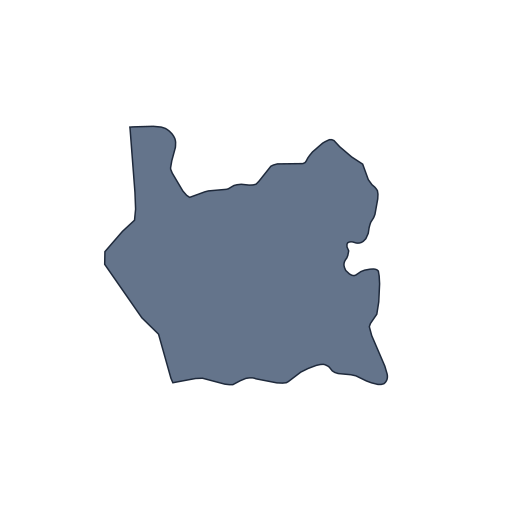 SVG path tracing the border of Sonsonate, rotated 56°
{"feature_id": "SLV-1348", "entity_name": "Sonsonate", "entity_type": "Department", "adm_level": 1, "iso_a3": "SLV", "parent_name": "El Salvador", "parent_adm1": "", "projection": "mercator", "projection_center": [-89.666, 13.711], "detail": "fine", "context": "isolated", "style": "filled", "palette": "slate", "viewbox_px": 512, "rotation_deg": 56, "n_neighbors": 0, "source": "natural_earth", "source_scale": "10m", "svg_char_len": 2035}
<svg xmlns="http://www.w3.org/2000/svg" viewBox="0 0 512 512"><g transform="rotate(56 256 256)"><path d="M314.6,395.8L309.8,394.9L266.3,380.5L243.4,385.2L178.3,386.1L167.9,378.8L160.9,352.9L158.4,336.7L149.8,329.6L135.6,320.8L80.0,289.2L78.6,288.5L80.1,285.9L91.0,268.7L96.1,262.5L98.1,260.9L99.7,259.7L101.8,258.8L104.1,258.0L108.0,257.3L110.8,257.3L113.2,257.6L115.0,258.2L116.7,259.0L119.5,261.0L120.9,262.1L129.9,272.5L134.9,277.3L136.2,278.2L140.5,279.1L161.2,280.3L166.9,279.6L170.3,278.2L174.2,262.5L175.4,259.1L184.2,243.2L184.8,241.4L185.2,234.9L186.3,231.9L188.3,228.1L193.5,221.9L195.5,218.6L196.5,215.8L195.7,211.9L189.9,193.5L190.3,190.7L191.6,186.8L205.6,165.5L206.0,163.1L205.4,161.4L203.7,158.2L202.5,155.0L201.3,150.9L199.7,137.6L199.9,134.6L200.6,130.1L202.0,128.1L203.9,126.8L212.3,125.5L227.4,121.3L239.5,116.2L255.5,120.2L261.7,120.0L265.4,119.0L267.5,118.8L269.7,118.8L272.9,120.3L276.8,123.2L288.0,134.1L290.0,137.0L292.2,142.0L293.7,144.0L295.8,146.4L300.0,150.3L303.1,155.3L303.8,158.9L303.7,160.9L303.1,162.9L302.2,164.5L301.2,165.7L298.5,167.9L297.4,169.2L296.6,170.8L296.3,172.6L297.2,174.1L299.4,175.5L303.6,176.3L306.8,179.5L308.4,181.8L309.2,184.0L310.1,185.7L311.2,187.0L312.7,188.2L315.0,189.1L318.2,189.7L323.1,188.6L325.6,187.3L327.1,185.7L327.6,184.0L327.6,177.7L328.5,173.8L330.7,168.8L332.5,165.8L333.7,164.5L335.0,163.5L336.9,163.0L341.5,165.1L348.2,169.1L362.7,179.9L371.8,188.4L375.9,198.8L376.9,200.2L378.0,201.6L386.7,204.6L419.4,210.8L427.2,213.3L428.9,214.1L430.3,215.1L431.5,216.3L432.4,217.7L433.1,219.4L433.4,221.4L432.5,224.0L430.6,226.8L425.7,231.2L421.4,234.3L411.2,240.2L407.5,243.7L399.4,253.6L396.6,255.8L393.9,257.0L389.1,257.4L387.6,257.9L384.8,259.5L383.4,260.8L381.9,263.4L380.4,267.2L378.4,275.6L377.3,283.8L378.2,299.3L378.0,301.7L376.2,305.1L372.8,309.7L357.8,324.7L356.4,325.7L355.0,327.1L353.5,329.3L351.8,332.8L350.6,338.7L349.7,347.2L347.8,350.0L344.8,353.5L327.4,368.7L323.7,374.7L316.5,391.3L314.6,395.8Z" fill="#64748b" stroke="#1e293b" stroke-width="1.5"/></g></svg>